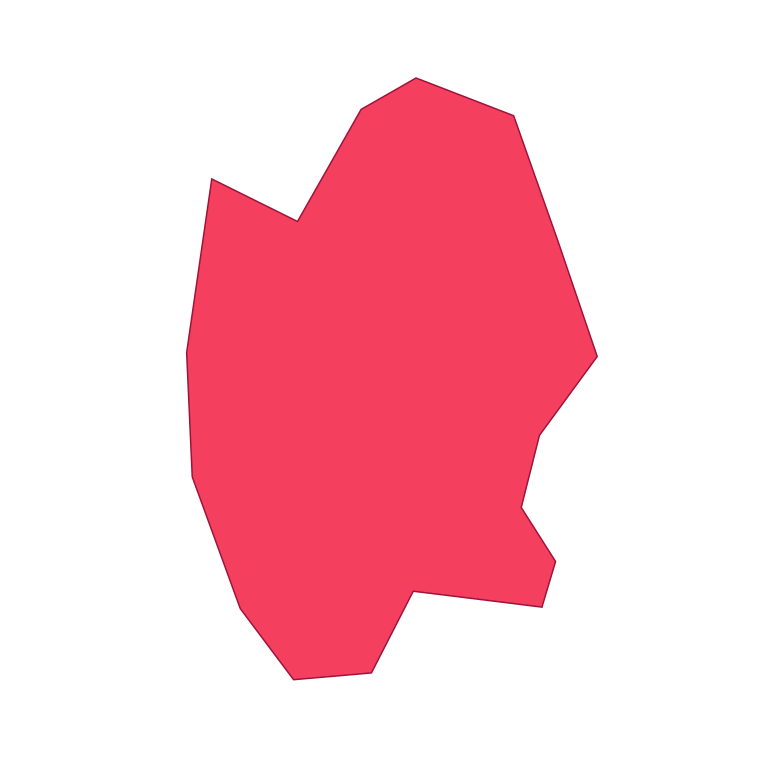 outline of Veszprém, rotated 190°
{"feature_id": "HUN-4909", "entity_name": "Veszprém", "entity_type": "Urban county", "adm_level": 1, "iso_a3": "HUN", "parent_name": "Hungary", "parent_adm1": "", "projection": "robinson", "projection_center": [17.909, 47.119], "detail": "fine", "context": "isolated", "style": "filled", "palette": "rose", "viewbox_px": 768, "rotation_deg": 190, "n_neighbors": 0, "source": "natural_earth", "source_scale": "10m", "svg_char_len": 384}
<svg xmlns="http://www.w3.org/2000/svg" viewBox="0 0 768 768"><g transform="rotate(190 384 384)"><path d="M421.7,77.1L486.5,137.8L556.7,259.2L583.8,380.6L589.2,556.0L497.4,529.0L454.2,650.5L405.6,690.9L302.9,670.7L238.1,556.0L178.8,448.1L222.0,360.4L227.4,286.2L184.2,239.0L189.7,191.7L319.2,185.0L346.2,97.3L421.7,77.1Z" fill="#f43f5e" stroke="#9f1239" stroke-width="1.5"/></g></svg>